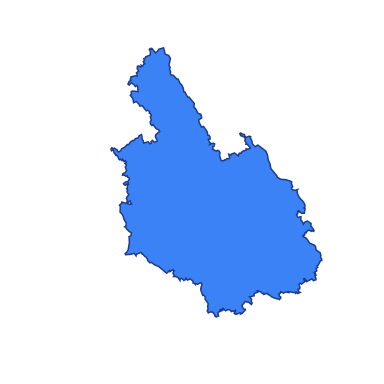 the district of Joypurhat, Rajshahi, Bangladesh, rotated 147°
{"feature_id": "16705992B2288856744536", "entity_name": "Joypurhat", "entity_type": "district", "adm_level": 2, "iso_a3": "BGD", "parent_name": "Bangladesh", "parent_adm1": "Rajshahi", "projection": "equal_earth", "projection_center": [89.098, 25.063], "detail": "fine", "context": "isolated", "style": "filled", "palette": "blue", "viewbox_px": 384, "rotation_deg": 147, "n_neighbors": 0, "source": "geoboundaries", "source_scale": "gbopen_adm2", "svg_char_len": 6026}
<svg xmlns="http://www.w3.org/2000/svg" viewBox="0 0 384 384"><g transform="rotate(147 192 192)"><path d="M281.9,175.6L277.0,172.9L273.8,172.1L273.7,169.0L272.8,170.0L267.7,169.2L267.6,166.9L266.9,166.3L266.8,164.1L266.0,162.5L266.0,159.8L266.5,158.7L265.9,155.5L264.5,155.1L263.0,151.2L260.6,147.8L257.5,137.7L253.5,138.3L253.9,137.2L250.3,137.3L250.5,136.6L249.8,135.6L251.6,134.9L252.4,133.5L252.3,131.6L253.5,131.1L251.8,130.1L250.3,127.9L250.3,124.3L249.3,125.5L248.3,125.4L247.5,124.6L247.0,122.2L245.1,122.1L244.0,123.0L243.8,120.6L240.8,120.1L239.7,116.5L240.7,115.1L240.1,114.8L239.5,112.4L238.4,113.0L237.7,111.7L233.9,111.0L233.9,109.2L237.3,106.2L238.1,104.7L239.3,99.6L238.5,99.5L238.0,96.9L239.4,95.1L239.2,89.4L241.0,87.9L242.2,85.1L243.9,84.1L244.2,81.7L242.2,81.5L240.1,80.1L239.8,76.8L240.4,75.2L239.7,74.0L237.2,73.5L236.6,75.6L235.6,76.8L232.6,76.4L233.0,77.5L232.5,78.1L231.2,77.4L231.5,76.7L230.7,75.9L230.0,76.4L230.0,77.5L229.3,77.6L228.6,74.1L225.7,73.7L224.5,72.5L224.1,70.2L222.4,70.1L221.8,68.6L220.0,69.2L220.1,68.4L222.7,67.2L222.2,66.2L221.4,65.9L221.6,65.3L217.5,64.6L217.2,64.0L217.8,63.2L216.0,62.9L211.4,64.0L211.2,64.7L212.2,65.4L212.5,66.6L212.1,69.5L206.9,71.1L204.4,68.4L203.5,65.3L202.0,66.1L201.9,68.2L200.4,69.6L200.9,72.7L196.4,71.1L195.2,73.0L191.3,72.1L190.6,72.3L190.4,72.8L191.1,73.5L190.5,73.5L188.8,70.9L188.2,68.3L187.1,67.8L187.5,67.0L183.8,65.9L184.0,64.3L183.1,63.5L182.2,60.4L179.1,56.2L177.6,55.5L177.4,54.2L175.3,54.7L174.8,55.8L175.6,57.1L174.9,58.0L175.0,59.3L172.7,59.1L172.0,60.0L170.3,57.3L167.6,57.0L165.1,54.3L166.5,56.4L165.7,56.2L161.3,52.1L159.3,51.3L160.0,50.6L158.6,50.6L158.7,49.3L156.0,48.9L156.7,50.0L156.1,52.7L154.5,52.1L153.5,53.1L152.9,55.4L151.6,56.8L150.5,56.2L150.3,55.0L146.2,55.5L145.7,58.3L144.7,57.9L144.4,57.0L144.9,54.5L138.8,53.8L138.4,51.4L135.7,50.9L134.2,55.0L133.4,54.8L133.6,55.7L133.0,55.8L132.8,56.7L133.4,56.9L133.4,57.3L133.0,56.9L132.2,58.1L130.2,57.9L129.6,60.5L127.7,60.3L127.2,62.0L125.9,62.0L121.8,64.3L120.4,63.9L119.8,65.0L119.7,67.3L118.3,69.0L117.6,71.3L119.5,75.8L118.1,79.1L118.3,80.7L121.2,85.1L121.3,91.0L123.2,94.5L122.0,95.2L121.2,94.5L119.6,96.2L118.3,95.5L117.7,96.4L114.5,96.5L114.0,94.8L113.1,94.7L113.0,93.8L112.0,93.8L111.3,92.7L110.5,93.6L110.8,98.8L109.3,100.7L111.2,104.9L114.2,105.2L116.1,104.3L115.7,107.6L116.2,109.0L114.1,111.9L117.1,113.1L116.5,116.4L115.2,116.1L113.9,118.3L112.8,118.3L112.9,116.7L112.0,116.4L111.8,114.5L109.4,113.0L106.2,116.5L106.8,117.6L105.9,117.5L104.4,119.4L103.9,122.9L105.0,128.8L104.5,133.1L103.1,136.1L102.1,136.5L104.5,137.2L106.5,139.1L106.7,140.2L106.2,141.3L104.6,141.6L104.1,145.2L102.9,145.9L103.3,147.1L106.4,151.1L110.5,154.2L112.5,157.9L112.0,159.4L113.1,168.8L111.3,172.9L110.6,177.2L108.5,182.2L107.8,186.0L111.2,195.5L114.6,195.7L115.1,199.8L114.2,201.4L113.3,206.1L112.7,206.4L113.7,207.7L116.7,208.3L117.2,209.4L116.8,211.9L118.5,213.3L118.9,214.9L120.1,214.9L120.5,212.8L118.2,209.6L118.3,207.5L119.7,206.4L119.9,203.5L120.8,202.7L119.6,201.8L119.0,197.0L121.6,197.4L123.1,198.8L124.1,197.5L126.5,198.5L128.9,198.4L129.4,197.7L131.3,198.8L133.4,197.0L135.1,201.6L138.1,202.3L139.0,201.7L140.6,203.7L141.6,200.4L143.0,199.8L144.4,201.0L146.6,200.5L147.1,201.3L148.4,201.0L150.5,202.6L148.9,207.8L147.0,209.9L147.1,212.2L148.0,213.1L149.1,212.9L151.5,216.6L150.6,217.2L150.0,218.6L148.7,218.3L146.8,220.0L147.4,221.2L151.1,222.2L149.6,222.7L150.3,224.1L149.7,227.2L148.0,226.5L146.8,228.7L146.8,230.2L147.9,231.2L146.5,234.0L146.5,239.6L146.9,241.0L148.7,241.3L148.2,246.0L147.3,248.7L143.4,248.9L142.2,252.4L144.1,254.6L143.6,259.2L144.1,262.2L141.9,265.0L142.8,273.2L144.0,274.1L143.5,279.6L144.3,280.3L142.7,284.2L142.3,287.8L142.9,289.5L142.1,294.4L143.2,295.1L144.1,300.1L145.9,301.5L145.5,303.4L144.5,304.4L144.0,307.2L142.5,308.4L142.3,311.0L137.4,315.6L137.2,319.2L139.4,322.2L137.3,328.4L142.1,329.8L144.2,328.8L146.9,328.6L147.4,334.1L148.0,334.7L148.4,333.8L149.7,335.1L150.3,334.6L150.3,332.6L152.4,329.6L157.1,330.6L158.0,329.8L159.8,330.1L160.3,328.2L161.9,327.9L161.8,325.4L162.5,325.8L164.4,324.6L165.1,324.8L165.6,326.0L166.1,325.0L167.1,324.7L168.0,326.7L169.2,327.2L170.8,325.3L170.9,322.6L173.9,322.1L173.9,320.8L175.0,319.0L176.3,320.4L180.7,321.8L181.2,320.6L182.3,320.2L182.4,318.8L184.5,319.0L186.9,317.5L186.5,315.9L183.3,316.6L182.2,313.6L182.1,311.3L180.2,311.5L179.9,310.9L182.5,305.5L187.0,309.2L188.4,309.2L189.5,307.2L191.1,306.7L190.7,302.7L192.3,298.7L189.4,298.2L188.7,294.6L188.9,292.3L186.7,291.6L186.2,285.0L184.5,284.6L183.8,282.4L184.9,281.4L184.1,279.9L184.5,278.3L185.8,278.0L187.1,274.3L188.9,273.6L189.8,271.7L189.4,269.5L187.9,269.8L187.6,264.7L186.2,262.5L186.1,260.4L190.9,259.9L192.1,259.0L192.9,257.4L193.0,254.5L193.7,253.6L196.4,254.3L197.1,256.9L199.1,256.4L199.7,255.0L201.1,255.5L201.5,258.0L205.8,259.3L204.9,261.7L205.2,262.9L203.0,267.7L205.7,268.0L207.5,266.7L210.5,267.6L212.9,266.8L213.6,267.5L216.4,267.5L219.2,266.3L220.1,266.4L220.4,267.1L224.2,266.2L227.4,266.6L229.3,265.5L231.5,265.5L232.2,266.1L231.9,268.4L233.4,271.2L234.5,271.0L235.1,272.7L236.6,272.2L237.1,270.5L235.7,270.5L235.4,269.6L236.2,266.4L235.4,264.8L235.9,264.2L234.7,262.5L235.5,259.4L235.1,258.4L234.2,258.6L233.7,256.5L232.4,257.3L232.4,254.4L230.9,254.5L231.0,252.4L232.8,252.4L232.2,250.5L232.5,250.1L234.4,249.3L235.1,245.7L237.8,244.5L239.8,245.1L241.1,243.9L239.6,243.1L239.0,241.3L237.7,241.0L238.0,239.5L237.2,238.6L237.2,237.2L239.9,235.7L242.0,236.6L244.9,236.3L244.9,235.0L244.2,234.0L240.7,234.0L241.1,232.9L242.2,233.1L244.4,230.2L245.0,230.3L245.0,228.5L246.2,227.9L246.5,226.9L246.5,224.1L249.2,223.3L250.6,222.1L251.0,219.8L252.2,218.8L251.0,218.0L248.8,218.3L249.3,214.7L250.9,215.6L256.4,221.8L257.1,220.8L260.0,220.5L260.0,219.0L263.3,214.3L262.7,211.8L262.8,209.5L263.9,206.2L264.1,201.9L265.7,199.5L267.4,199.5L266.7,198.6L267.0,197.1L266.4,193.8L265.1,190.6L267.1,188.5L269.1,188.9L271.9,183.9L276.8,178.5L279.0,177.1L281.6,176.8L281.9,175.6Z" fill="#3b82f6" stroke="#1e3a8a" stroke-width="1.5"/></g></svg>